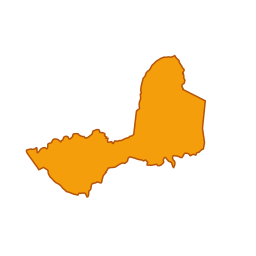 La Magdalena Tlatlauquitepec, Puebla, Mexico, rotated 31°
{"feature_id": "50627088B24102510221280", "entity_name": "La Magdalena Tlatlauquitepec", "entity_type": "district", "adm_level": 2, "iso_a3": "MEX", "parent_name": "Mexico", "parent_adm1": "Puebla", "projection": "equal_earth", "projection_center": [-98.104, 18.743], "detail": "fine", "context": "isolated", "style": "filled", "palette": "amber", "viewbox_px": 256, "rotation_deg": 31, "n_neighbors": 0, "source": "geoboundaries", "source_scale": "gbopen_adm2", "svg_char_len": 4963}
<svg xmlns="http://www.w3.org/2000/svg" viewBox="0 0 256 256"><g transform="rotate(31 128 128)"><path d="M203.4,107.2L201.1,101.1L192.0,89.9L181.0,66.5L180.3,64.9L155.1,66.7L154.9,65.8L153.5,65.1L152.7,64.3L152.3,63.8L152.2,63.0L152.4,62.3L152.8,61.3L153.1,60.5L152.7,59.4L152.3,57.9L151.1,57.0L150.1,56.6L149.6,55.5L148.9,54.4L148.2,53.8L147.7,53.8L147.6,53.0L147.3,52.7L146.8,52.9L146.5,52.6L146.5,52.0L146.5,51.4L146.5,50.9L146.4,50.3L146.4,49.7L146.2,49.2L145.5,48.8L144.5,48.6L143.5,48.2L142.5,47.5L141.6,47.0L140.3,46.4L139.5,46.0L138.7,45.5L138.2,45.5L137.9,45.1L137.5,44.5L137.2,44.1L136.5,43.8L135.9,43.6L135.0,43.6L134.3,43.4L133.2,43.0L132.5,42.8L131.6,42.2L130.7,41.9L130.1,43.1L129.1,44.3L128.2,45.3L126.0,46.2L124.5,47.5L122.3,48.8L120.2,51.5L119.1,53.8L118.2,55.5L117.6,56.9L117.3,58.6L116.3,61.9L116.5,65.4L116.4,67.6L115.6,69.1L115.2,71.3L115.5,73.0L116.0,75.1L115.4,77.4L116.7,81.9L117.7,85.2L119.5,89.2L121.5,91.3L121.1,92.6L123.5,95.9L123.9,97.2L124.6,100.4L125.6,102.4L127.9,105.5L127.1,107.3L126.7,108.2L126.9,108.3L126.8,108.8L126.6,109.3L136.2,130.5L136.0,131.3L135.7,132.1L135.3,132.7L134.9,133.2L134.5,133.8L133.7,134.4L133.6,135.4L133.1,136.4L132.6,136.7L131.8,137.6L130.8,138.9L130.0,140.1L128.7,142.2L127.3,143.0L126.6,143.8L125.9,144.8L124.5,145.2L124.0,145.6L123.3,146.0L123.4,148.7L122.6,149.2L122.2,149.1L122.0,148.8L121.8,148.4L121.3,148.4L120.9,148.3L120.5,148.4L120.2,148.8L119.6,149.3L119.0,150.0L118.2,150.5L117.0,149.7L116.2,147.2L114.4,148.2L114.3,146.8L113.7,146.9L112.9,146.7L111.9,146.8L111.7,146.0L111.2,145.0L110.9,144.8L109.9,144.9L108.5,145.2L106.0,146.2L104.4,144.6L103.0,144.8L101.8,145.7L99.6,148.7L99.9,150.1L100.3,151.6L100.1,152.7L99.3,154.6L98.4,156.9L96.8,158.5L96.0,158.5L94.7,158.0L92.9,159.0L92.7,159.0L89.9,159.3L88.4,158.7L86.8,159.3L84.4,161.1L84.2,161.8L84.9,164.0L84.0,167.1L83.3,167.7L81.5,166.8L81.4,166.6L80.0,166.6L78.5,167.5L77.7,169.0L78.2,171.7L77.4,173.3L77.5,174.5L75.4,174.2L73.9,174.0L72.9,174.2L71.7,174.7L70.7,175.2L70.6,175.3L70.1,175.8L69.8,176.8L69.7,177.8L69.8,179.2L69.8,180.0L69.5,180.7L68.3,181.7L67.8,182.4L67.7,183.3L68.1,184.0L68.6,185.0L69.2,186.0L69.2,187.4L68.9,187.8L67.7,187.6L66.7,187.7L66.2,188.1L65.1,189.1L64.6,189.9L64.3,190.4L63.9,192.1L63.8,194.1L63.5,195.6L62.9,195.9L62.5,195.4L61.9,194.6L60.7,192.7L60.3,192.2L59.9,192.0L59.5,192.2L59.3,193.4L58.9,193.9L58.1,194.7L57.4,195.3L56.9,195.6L56.6,195.8L56.0,195.8L55.6,196.0L52.6,198.9L52.6,199.7L52.9,200.3L54.3,201.3L56.2,202.2L58.6,203.3L58.9,203.4L63.1,205.2L63.8,205.5L65.2,206.1L67.3,207.1L67.8,207.2L68.9,207.7L70.6,208.4L73.1,209.7L75.8,205.3L80.5,205.4L81.4,205.8L82.9,207.8L84.1,208.7L84.6,209.0L86.7,210.2L88.6,210.5L92.1,211.6L93.3,211.8L94.4,212.0L95.6,211.8L97.3,211.8L98.9,211.9L99.4,211.9L100.8,212.3L102.5,213.0L103.0,213.2L104.2,213.4L105.6,213.6L106.6,213.9L107.7,214.1L108.6,214.1L109.9,213.6L114.7,212.8L119.5,211.4L119.7,209.1L121.0,208.4L122.9,206.9L124.4,206.2L125.4,206.2L128.4,208.2L129.0,207.3L128.5,205.1L127.7,204.1L127.7,203.7L127.0,202.5L127.4,200.9L127.6,199.7L126.0,195.7L126.0,194.5L126.1,193.8L126.8,193.5L127.8,192.2L128.6,191.7L129.3,190.2L130.4,189.8L133.1,189.1L133.3,188.3L133.2,187.3L132.9,187.0L132.2,184.9L131.9,183.3L131.4,182.5L131.5,180.7L132.1,177.3L131.6,177.3L131.6,176.9L131.7,176.6L131.8,175.8L131.8,175.5L131.8,172.3L132.5,171.9L133.4,170.9L135.0,169.9L136.6,168.6L137.3,167.9L139.4,163.5L140.0,162.6L140.6,161.6L142.0,160.4L143.3,160.1L144.0,158.9L144.4,157.5L144.5,156.2L143.8,154.5L143.8,153.5L144.0,152.6L144.5,151.8L145.9,151.3L148.0,150.7L153.9,149.4L155.3,148.6L158.4,148.1L159.5,146.4L162.6,147.3L162.7,148.5L163.5,149.9L164.7,149.3L165.7,148.6L166.5,148.5L169.0,146.3L171.3,144.3L172.8,145.0L173.5,144.6L174.2,144.2L174.8,143.5L175.4,142.7L175.8,141.6L176.0,140.4L176.2,139.7L176.2,139.2L176.1,138.7L175.9,138.4L175.3,137.9L174.9,137.7L174.7,137.2L174.6,136.7L174.5,136.0L174.5,135.4L174.5,134.9L174.7,134.4L175.0,134.1L175.9,134.0L176.5,134.4L177.5,134.8L178.2,135.0L179.1,135.3L180.0,135.5L181.0,135.5L182.0,135.1L183.3,135.4L184.5,136.4L185.3,137.1L185.9,137.6L186.4,138.1L187.5,138.3L187.4,137.3L187.1,135.7L186.8,134.9L186.3,134.0L185.9,133.3L185.3,132.8L184.6,132.5L183.8,132.3L182.8,131.8L182.3,131.4L181.7,131.1L181.6,130.7L181.4,130.4L181.2,129.9L181.2,129.5L181.0,129.0L181.3,128.2L182.1,127.8L182.9,127.5L183.8,127.1L185.0,126.6L185.7,126.4L186.3,126.3L187.1,126.3L187.7,126.3L188.2,126.2L189.3,125.7L189.6,125.1L189.6,123.8L189.6,123.1L189.6,122.5L189.5,121.9L189.5,121.4L189.6,120.9L189.9,120.4L190.2,120.0L190.9,119.7L191.5,119.4L192.0,119.1L193.0,119.0L193.8,119.0L194.5,119.1L195.0,119.6L195.6,119.7L196.3,118.9L196.7,118.0L197.0,117.5L197.5,116.9L198.0,116.8L198.5,116.6L199.0,116.5L199.8,116.5L200.1,116.2L199.9,115.0L199.8,114.4L199.8,113.8L200.2,113.3L201.0,112.6L201.5,111.8L201.6,111.0L201.8,110.3L202.0,109.6L202.3,109.0L202.4,108.5L202.7,108.1L203.1,107.6L203.4,107.2Z" fill="#f59e0b" stroke="#b45309" stroke-width="1.5"/></g></svg>